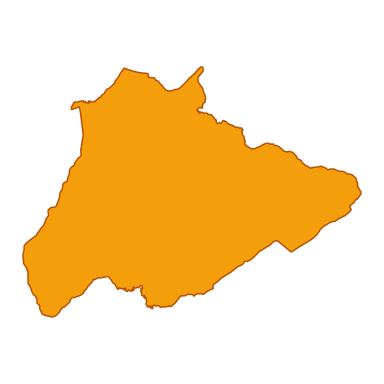 outline of Guachetá, Cundinamarca, Colombia
{"feature_id": "7082276B56443228880790", "entity_name": "Guachetá", "entity_type": "district", "adm_level": 2, "iso_a3": "COL", "parent_name": "Colombia", "parent_adm1": "Cundinamarca", "projection": "orthographic", "projection_center": [-73.705, 5.391], "detail": "fine", "context": "isolated", "style": "filled", "palette": "amber", "viewbox_px": 384, "rotation_deg": 0, "n_neighbors": 0, "source": "geoboundaries", "source_scale": "gbopen_adm2", "svg_char_len": 5924}
<svg xmlns="http://www.w3.org/2000/svg" viewBox="0 0 384 384"><path d="M124.5,68.2L123.7,68.6L119.7,74.4L119.2,75.8L116.9,79.2L115.3,80.6L115.1,81.3L115.3,81.9L114.2,83.4L109.8,87.9L107.2,89.1L106.6,89.7L105.3,91.4L103.9,93.9L101.4,95.3L101.2,96.6L99.9,97.6L98.9,97.5L99.1,98.1L98.9,98.3L96.5,99.7L96.0,100.7L95.5,100.7L95.0,101.1L95.0,101.6L94.0,101.5L93.1,102.0L92.0,101.9L90.4,101.3L90.0,102.0L89.3,101.2L88.8,101.0L88.5,101.3L88.7,103.0L88.3,103.2L87.7,102.9L86.1,102.7L85.8,101.7L85.4,101.5L84.9,102.2L83.9,101.9L83.5,102.2L83.2,101.8L83.4,101.0L82.2,100.9L78.8,101.5L77.7,102.2L74.8,101.9L74.2,102.7L73.4,103.2L73.0,104.7L71.6,106.7L71.3,109.4L72.7,109.3L76.4,107.9L78.7,107.2L79.4,107.2L80.4,112.1L83.2,134.3L81.5,146.3L80.8,149.3L81.1,155.6L80.4,156.6L79.0,157.3L78.3,158.1L75.6,161.6L75.1,162.5L74.2,165.3L72.4,166.4L70.5,168.2L69.5,170.6L69.2,174.0L68.1,176.9L67.0,181.1L66.2,181.9L64.1,182.7L62.9,184.3L62.2,189.4L60.1,192.5L59.4,197.8L56.2,206.0L55.7,206.6L54.2,207.2L51.8,207.3L50.8,207.7L48.7,209.5L48.0,211.0L48.5,214.2L48.4,215.7L46.0,219.1L44.4,223.5L43.0,226.2L40.9,228.2L39.4,230.9L38.2,232.2L36.1,235.6L29.7,240.3L25.6,243.8L24.2,245.6L24.1,249.6L23.1,253.9L23.0,259.0L23.6,260.4L23.5,262.6L23.8,263.9L26.4,267.8L27.9,272.0L28.1,283.5L28.8,285.0L30.0,286.2L31.8,291.3L33.2,294.4L35.3,296.1L36.6,298.6L37.2,300.5L36.9,302.9L37.4,303.6L39.0,304.8L39.7,305.8L39.7,308.8L42.3,314.1L42.6,314.4L46.8,315.9L50.0,316.4L51.6,317.1L55.4,315.9L57.2,314.6L59.2,312.4L60.7,309.8L62.0,308.2L63.1,307.4L64.8,306.8L65.9,305.5L68.0,303.9L68.6,302.8L69.6,302.3L70.1,301.2L70.4,299.7L71.7,298.1L72.6,297.7L74.6,297.4L78.7,296.0L81.3,294.8L82.6,293.5L83.4,293.2L84.2,291.1L85.8,289.7L87.4,287.4L87.9,286.2L88.9,285.8L90.5,283.5L91.7,282.6L93.3,279.7L93.8,279.5L95.0,279.6L98.2,277.6L99.4,278.0L100.5,278.0L103.0,277.2L104.6,277.2L106.9,276.5L108.5,276.8L110.4,278.9L113.0,283.0L114.5,283.9L115.5,285.1L117.1,288.4L117.8,289.2L118.5,289.1L118.9,288.0L119.9,288.4L121.2,288.3L121.9,288.9L122.7,288.5L124.3,289.8L124.4,289.3L124.1,288.6L124.5,288.3L125.1,288.3L125.9,289.1L126.0,290.8L126.3,291.2L127.7,291.3L128.7,290.0L129.1,289.9L130.8,291.3L131.3,291.3L131.8,290.6L131.8,289.7L132.4,289.7L133.1,290.6L133.8,290.1L134.0,289.1L132.9,287.8L133.1,287.1L133.4,287.1L134.6,287.9L136.1,288.1L136.6,287.4L137.0,287.3L138.7,287.6L139.9,286.1L141.2,285.5L142.0,285.6L142.6,287.8L140.8,288.3L141.1,289.0L141.9,289.4L140.6,290.8L140.5,291.4L141.4,292.1L141.8,292.9L141.5,294.1L141.7,295.4L143.0,295.8L143.7,295.5L144.3,295.6L144.8,296.5L144.0,296.9L143.8,297.2L144.6,298.1L145.2,297.7L146.0,298.1L146.1,299.4L146.6,301.0L146.2,302.6L146.1,304.3L147.1,305.8L147.2,306.6L147.7,307.0L148.2,307.1L149.2,306.1L150.7,306.4L150.1,307.1L150.6,307.4L151.1,308.2L151.6,308.5L152.7,308.5L153.0,307.4L152.2,306.9L152.1,306.4L153.7,305.1L155.8,306.2L157.6,305.7L158.5,305.7L160.2,307.0L161.4,307.3L161.7,307.3L162.3,306.5L164.6,307.1L166.8,306.5L168.3,306.6L169.3,305.7L170.4,306.5L170.9,306.5L174.8,303.4L180.6,296.1L182.0,295.9L184.8,295.8L188.7,294.0L189.8,294.5L191.3,294.4L192.6,294.8L194.1,296.1L195.0,295.0L197.8,293.6L199.6,293.9L201.1,293.6L203.0,294.4L204.4,293.7L207.7,291.0L213.1,288.6L213.0,286.0L213.4,284.8L214.0,284.1L217.2,281.9L221.5,278.0L230.6,272.3L238.0,266.5L241.1,265.3L242.5,264.3L243.3,263.7L244.7,261.4L247.7,261.2L250.1,260.1L253.6,257.3L259.4,251.5L267.2,246.6L269.5,245.6L273.3,241.7L276.4,240.7L277.3,240.6L291.2,252.0L303.9,244.0L310.2,240.3L312.1,238.9L316.3,235.3L319.2,231.5L320.1,229.7L324.4,225.7L326.4,224.8L330.1,222.4L331.7,221.8L335.2,221.2L338.4,218.9L345.0,215.6L348.1,213.2L349.7,211.7L351.1,209.8L350.9,208.9L349.9,207.1L350.0,206.1L350.9,205.0L353.9,202.7L355.8,199.5L356.4,198.9L357.1,199.1L357.6,198.7L360.6,194.5L361.0,193.4L360.9,192.2L360.5,191.1L358.7,188.3L358.6,187.6L357.7,186.6L357.5,183.0L356.7,181.1L356.0,178.6L355.8,178.1L353.0,175.5L351.5,174.5L349.3,174.0L346.8,174.0L346.2,173.0L343.8,171.7L342.5,171.3L338.7,171.2L333.7,169.0L331.2,169.0L328.0,169.6L327.3,169.4L325.0,167.7L321.3,166.3L320.1,166.3L318.2,167.0L313.7,167.3L311.5,167.9L310.0,168.0L309.3,167.7L308.1,166.6L305.2,165.3L303.9,163.9L302.1,162.5L301.3,160.8L300.5,160.0L297.9,159.0L297.0,157.8L296.4,156.2L293.0,152.6L289.5,151.3L286.7,151.9L284.4,151.3L283.0,150.3L279.0,146.6L276.6,145.6L274.8,145.6L273.5,144.2L273.0,144.0L270.6,144.1L267.9,143.2L266.5,143.3L263.0,144.5L261.0,145.9L258.3,147.2L256.4,147.6L255.0,148.8L253.8,148.9L253.3,148.6L252.2,148.8L250.3,148.3L246.5,145.8L244.5,143.5L244.6,142.9L245.1,142.3L244.9,141.7L245.3,141.1L244.2,139.2L244.2,137.8L243.9,137.4L243.9,136.5L242.5,135.0L242.4,132.3L241.8,132.0L241.5,131.3L241.8,130.7L242.9,130.2L242.9,129.8L241.6,128.0L240.3,128.0L239.9,128.4L239.5,128.4L238.5,127.4L237.1,127.2L235.7,127.4L232.0,125.0L230.5,125.0L230.1,124.5L229.0,124.4L226.0,121.6L223.9,120.6L223.2,120.6L222.5,121.0L221.5,122.9L221.0,123.3L220.3,123.3L219.4,122.7L218.0,123.5L217.6,123.5L217.1,123.2L216.2,121.5L216.3,120.3L216.0,119.8L215.8,119.5L214.9,119.6L213.4,117.0L212.1,115.9L211.6,114.9L210.2,114.5L208.6,114.7L208.1,114.5L207.8,113.9L206.9,113.2L203.6,113.1L202.6,112.4L200.9,112.2L199.8,113.1L199.4,113.1L199.5,112.0L198.9,112.3L198.8,111.3L197.7,111.3L197.6,110.4L196.9,110.1L199.2,107.5L201.4,108.1L202.6,107.8L202.1,106.3L202.9,105.2L203.0,103.9L203.3,103.3L205.0,102.3L205.2,101.9L204.9,101.6L204.7,100.8L205.6,99.4L205.7,98.5L204.7,93.9L203.5,92.2L202.8,88.7L202.1,87.2L200.4,85.7L199.5,83.5L198.8,83.0L198.1,81.0L197.9,78.0L198.2,77.1L203.1,71.2L203.1,68.3L202.6,67.1L201.1,66.9L199.0,68.5L197.0,70.6L195.2,73.0L188.7,78.8L186.2,81.8L181.3,86.7L179.0,88.6L178.0,89.1L174.9,89.5L172.2,90.6L169.8,91.1L166.2,90.3L164.4,88.6L162.0,85.4L160.1,83.9L159.4,82.4L157.3,80.7L155.6,80.0L154.6,77.9L154.1,77.7L151.8,77.9L148.6,77.0L148.4,76.7L148.2,74.1L147.7,73.5L141.1,72.9L137.7,72.3L133.2,71.3L128.8,69.9L124.5,68.2Z" fill="#f59e0b" stroke="#b45309" stroke-width="1.5"/></svg>